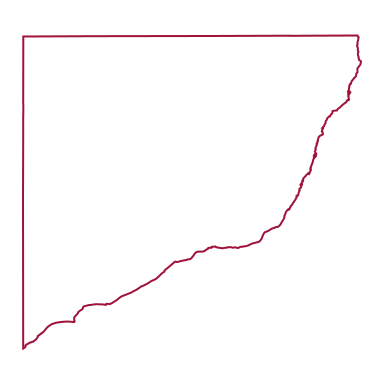 the district of Franklin Harbour, South Australia, Australia
{"feature_id": "25037944B7803908509786", "entity_name": "Franklin Harbour", "entity_type": "district", "adm_level": 2, "iso_a3": "AUS", "parent_name": "Australia", "parent_adm1": "South Australia", "projection": "mercator", "projection_center": [137.156, -33.602], "detail": "fine", "context": "isolated", "style": "outline", "palette": "rose", "viewbox_px": 384, "rotation_deg": 0, "n_neighbors": 0, "source": "geoboundaries", "source_scale": "gbopen_adm2", "svg_char_len": 5826}
<svg xmlns="http://www.w3.org/2000/svg" viewBox="0 0 384 384"><path d="M23.2,348.5L24.6,347.6L25.3,347.1L25.6,346.5L25.5,345.7L25.6,345.3L26.6,344.4L28.0,343.9L29.8,342.5L30.9,342.5L31.6,342.0L33.2,341.7L33.5,341.5L33.6,341.1L34.3,340.8L35.3,339.9L35.9,339.6L36.3,339.1L37.0,338.0L37.6,337.5L37.8,336.6L37.7,336.3L37.8,336.0L39.6,334.9L40.7,333.7L41.5,333.5L41.7,333.2L42.0,333.1L42.2,332.7L43.2,332.1L44.3,330.9L47.1,327.5L48.1,326.6L51.4,324.3L55.9,322.8L60.7,322.0L65.7,321.6L68.9,321.6L71.3,321.8L73.4,322.1L74.1,322.1L74.4,321.7L74.6,321.0L74.2,320.3L74.2,318.1L74.1,317.9L74.6,316.9L77.6,313.6L78.4,312.0L79.5,311.0L82.2,309.3L82.7,308.6L83.1,307.1L83.7,306.5L84.3,306.2L88.8,305.1L90.7,305.0L92.6,304.6L96.2,304.2L99.0,304.3L101.2,304.3L104.2,304.6L105.8,304.9L106.0,304.8L105.9,304.3L106.0,304.1L106.9,303.8L108.3,303.9L109.3,304.2L111.3,303.5L116.7,300.1L118.6,298.5L121.3,296.5L123.5,295.6L127.7,294.0L131.8,292.3L134.0,290.9L135.1,290.5L137.8,288.9L139.4,287.8L140.8,286.7L142.8,285.9L145.7,284.5L148.1,283.2L151.6,280.9L154.5,279.7L155.8,279.0L159.6,275.7L160.9,274.3L162.3,273.0L164.4,271.6L164.6,271.2L164.5,270.5L174.1,262.5L174.8,261.7L175.6,261.7L176.5,261.9L177.7,262.0L178.5,261.8L179.4,261.4L182.7,260.6L184.2,260.4L184.9,260.1L186.0,260.1L187.6,259.4L188.2,259.5L190.8,258.8L191.3,258.3L193.2,255.9L193.6,255.5L194.0,254.7L195.1,253.2L196.4,252.1L198.5,251.6L202.2,251.6L203.1,251.5L204.4,251.2L205.8,249.9L206.7,249.4L207.8,248.9L208.1,248.5L208.3,247.9L208.9,247.8L210.0,247.9L211.6,247.7L211.8,247.6L212.0,247.4L211.7,247.0L211.7,246.9L215.3,246.5L215.7,246.7L216.1,247.2L217.9,247.6L222.5,248.3L226.0,247.6L226.3,247.7L227.1,247.6L227.9,247.2L228.7,247.2L231.0,247.2L232.9,247.7L233.9,247.6L234.5,247.3L235.4,247.4L236.4,247.6L237.0,247.9L237.5,248.0L238.6,247.8L239.6,247.3L240.0,246.9L240.3,246.9L241.5,246.7L242.5,246.8L243.9,246.3L245.2,246.3L247.2,245.8L248.4,245.4L251.1,244.0L252.4,243.5L256.9,242.3L258.4,242.1L259.3,241.5L260.3,240.5L261.4,239.1L262.1,237.6L262.5,236.2L263.6,234.0L264.1,233.1L264.8,232.3L268.0,231.0L269.8,230.0L271.0,229.1L272.1,228.5L274.1,228.0L275.4,227.2L277.7,226.9L279.0,226.1L280.1,224.9L280.8,223.9L282.2,221.3L282.7,220.7L284.1,218.2L284.5,216.9L284.3,216.1L285.6,213.4L285.6,212.8L286.0,211.9L287.4,210.1L288.4,209.2L288.6,209.1L288.7,209.3L288.6,209.6L288.6,209.8L288.8,209.8L289.3,209.4L289.9,208.0L290.5,207.0L290.7,206.0L291.3,205.6L292.2,204.6L293.0,202.9L293.8,202.1L294.2,201.3L295.4,199.7L296.0,198.2L296.6,197.7L296.6,197.2L296.5,196.5L296.6,195.7L297.1,195.5L297.8,195.6L298.0,195.5L299.1,191.2L299.5,190.8L299.7,190.3L299.7,190.1L299.4,189.5L299.3,189.2L299.6,188.9L299.9,188.3L300.6,187.9L301.3,186.4L301.3,186.2L301.1,186.0L301.1,185.6L300.9,185.3L301.7,185.2L302.1,184.6L302.0,184.4L300.9,184.7L300.6,184.6L301.1,183.7L301.5,183.5L301.8,183.0L302.5,182.3L302.5,181.7L303.2,180.5L303.2,180.0L302.8,180.3L302.4,181.1L302.2,180.9L302.8,180.0L303.5,178.2L304.7,177.0L304.9,176.6L305.7,176.0L306.4,174.9L307.9,173.7L308.7,173.4L308.7,173.5L308.7,174.0L309.0,174.1L309.5,173.1L309.0,173.0L308.9,172.8L309.3,172.6L309.8,172.2L310.5,171.0L310.7,170.4L310.5,170.1L310.9,169.7L311.0,169.3L310.3,168.7L310.3,168.4L310.4,167.9L310.9,167.3L311.4,165.2L312.0,164.5L312.1,163.9L312.1,163.5L312.4,163.0L312.7,162.3L313.1,160.2L313.4,159.3L314.0,158.4L314.0,157.9L313.8,157.3L313.8,157.0L314.1,156.2L314.1,155.8L314.0,155.7L313.7,156.1L313.8,155.6L314.5,154.6L314.6,154.9L314.4,155.6L314.4,156.5L314.9,156.4L315.3,156.9L315.9,156.1L315.7,155.3L315.8,155.1L316.1,154.9L316.3,153.7L316.1,153.5L315.9,153.5L315.4,152.5L314.9,151.6L315.3,150.8L315.5,149.9L315.8,149.4L315.7,148.9L315.4,149.4L315.4,148.9L315.6,147.7L316.7,145.1L316.6,144.1L317.0,144.1L317.1,143.7L317.3,143.0L317.4,142.7L317.2,142.3L317.3,142.1L317.5,141.5L318.0,141.0L318.0,140.6L317.8,140.1L318.1,139.2L318.3,138.3L318.6,137.3L319.6,136.1L320.5,135.5L322.4,134.7L322.9,134.2L322.7,132.9L322.6,132.1L322.3,131.6L322.2,132.0L322.0,131.9L321.9,131.1L322.3,129.7L322.7,129.0L323.1,128.5L323.1,128.2L322.9,128.1L322.5,128.2L322.3,128.1L322.7,127.8L323.1,126.9L323.6,126.6L324.1,126.0L324.3,125.3L324.7,124.3L325.0,124.1L325.2,123.8L325.2,123.5L325.5,123.1L325.7,121.2L326.0,120.7L326.6,120.1L326.7,119.6L327.1,119.1L327.4,118.0L329.2,116.6L329.3,116.3L330.1,116.3L330.9,114.5L331.8,113.8L332.3,113.2L332.4,112.9L332.4,112.3L332.6,111.7L332.5,111.4L332.5,111.2L333.9,110.7L336.9,110.5L337.1,109.8L337.8,109.0L338.3,108.7L338.7,108.3L340.1,107.3L342.5,104.9L344.0,103.8L344.7,103.2L346.1,102.3L346.2,102.0L346.5,101.8L346.6,101.4L346.8,100.9L347.3,100.2L348.0,99.9L348.2,100.1L348.4,100.2L349.1,99.6L349.1,99.3L348.8,98.6L348.5,97.7L348.6,96.7L348.2,96.1L348.4,94.6L348.2,93.8L348.4,93.2L348.8,92.5L349.0,92.7L349.3,92.3L349.4,92.0L349.5,92.0L349.4,92.7L349.5,92.8L349.9,92.8L349.9,93.0L350.3,92.3L349.8,92.0L349.5,91.4L349.1,91.4L348.9,91.1L348.6,91.6L348.6,92.1L348.1,92.2L347.9,91.6L348.0,91.3L348.6,91.1L348.7,90.8L348.9,89.7L348.8,89.0L349.3,87.7L349.1,87.5L349.2,86.9L349.2,85.9L349.8,85.1L350.0,84.6L349.9,84.2L350.3,84.0L350.5,84.0L351.0,83.6L350.9,83.2L351.6,81.4L352.2,80.4L352.9,79.8L353.9,78.3L355.3,77.0L355.9,76.2L356.3,74.7L356.2,73.9L356.5,73.2L357.3,72.6L357.5,72.0L357.4,71.3L357.5,70.5L357.4,68.7L357.7,67.9L358.7,66.9L359.1,66.2L360.3,64.7L360.8,62.6L361.0,61.5L360.8,61.1L360.0,60.5L359.4,60.3L359.0,59.8L358.8,59.0L358.8,58.5L358.6,58.0L358.6,56.8L358.0,55.2L357.9,54.0L357.9,53.3L358.0,52.8L358.5,51.9L358.0,51.1L357.8,50.1L357.9,48.0L357.0,45.9L357.1,45.3L357.6,44.7L357.4,43.9L357.4,43.0L357.6,42.2L357.8,41.2L358.2,40.1L358.4,38.2L358.6,37.2L357.9,36.6L357.5,35.5L290.5,35.8L290.5,35.7L209.3,36.0L89.3,36.2L23.3,36.5L23.2,103.9L23.3,104.0L23.3,114.9L23.2,115.4L23.2,121.1L23.3,121.0L23.2,121.3L23.2,138.2L23.0,199.8L23.2,348.5Z" fill="none" stroke="#9f1239" stroke-width="2"/></svg>